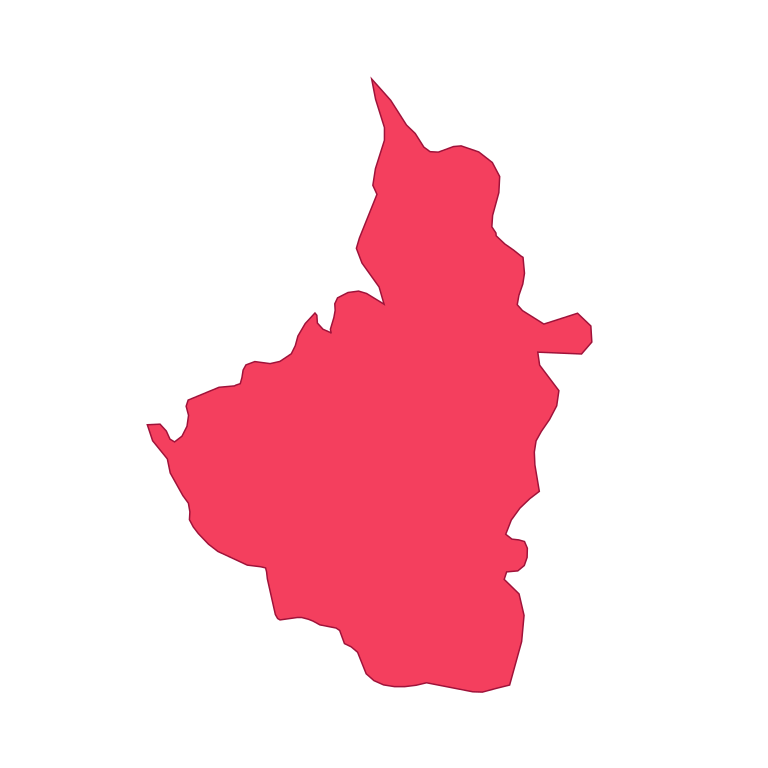 Al Minufiyah, Mercator projection, rotated 198°
{"feature_id": "EGY-1532", "entity_name": "Al Minufiyah", "entity_type": "Governorate", "adm_level": 1, "iso_a3": "EGY", "parent_name": "Egypt", "parent_adm1": "", "projection": "mercator", "projection_center": [31.025, 30.446], "detail": "fine", "context": "isolated", "style": "filled", "palette": "rose", "viewbox_px": 768, "rotation_deg": 198, "n_neighbors": 0, "source": "natural_earth", "source_scale": "10m", "svg_char_len": 1944}
<svg xmlns="http://www.w3.org/2000/svg" viewBox="0 0 768 768"><g transform="rotate(198 384 384)"><path d="M384.2,634.3L365.6,634.0L349.4,628.1L338.1,617.1L333.9,601.5L332.8,577.9L330.0,566.8L324.2,562.2L323.1,559.6L312.4,554.5L302.2,551.4L293.5,548.1L290.9,547.4L284.6,532.7L282.9,522.0L283.1,510.1L281.8,500.6L275.0,496.6L250.5,490.4L221.8,511.1L205.2,503.1L199.3,488.1L205.4,473.6L247.6,461.8L241.8,450.0L215.6,431.7L213.0,416.6L215.6,401.4L219.7,387.6L221.8,376.9L220.0,365.7L215.5,353.7L203.1,329.9L209.9,320.0L216.4,307.9L220.9,294.0L221.8,278.7L214.4,276.0L207.6,277.4L201.7,277.6L196.9,272.1L194.3,263.3L194.5,254.7L199.0,247.6L209.3,243.2L209.3,235.3L190.7,226.1L179.3,207.2L173.5,181.6L171.5,136.5L183.2,129.2L195.2,121.4L204.5,118.7L251.2,113.0L260.4,107.4L270.7,102.6L280.6,99.4L291.4,97.7L301.9,98.8L311.4,102.9L326.2,120.7L334.0,123.9L341.4,124.9L350.0,135.9L354.2,137.1L370.5,135.1L378.4,136.6L383.2,136.9L390.1,136.5L394.4,135.1L410.0,127.5L412.7,128.1L416.1,131.2L434.7,162.6L437.6,169.0L439.8,172.5L444.7,172.1L458.1,169.5L490.2,173.4L501.4,177.4L514.4,184.4L521.2,189.1L527.1,194.8L529.1,202.4L533.2,210.2L540.8,215.7L559.8,233.3L566.9,245.8L586.5,258.5L596.5,272.1L584.6,276.6L576.5,272.0L570.5,265.4L565.3,264.2L560.0,272.0L558.3,282.9L560.2,293.8L565.3,301.7L565.3,308.2L539.9,329.9L525.6,336.0L524.6,337.1L520.8,339.9L521.1,346.3L522.3,353.7L521.2,359.5L513.8,365.4L498.6,368.2L490.0,373.3L481.5,384.1L480.2,393.0L480.7,403.0L477.6,417.2L471.6,430.2L469.1,428.6L466.2,421.4L458.9,417.2L450.6,416.4L449.8,415.8L451.9,419.5L452.2,431.7L453.2,438.9L455.6,445.1L454.8,451.6L446.5,459.9L436.9,464.5L428.5,464.7L408.6,459.9L418.6,474.7L442.3,492.2L452.2,504.5L452.5,515.2L449.3,562.2L456.0,569.5L458.7,586.2L458.9,615.9L462.8,628.0L480.0,652.2L490.0,670.3L475.9,662.1L465.2,655.8L442.6,637.2L431.7,631.9L419.3,621.6L412.0,619.2L404.0,621.3L391.3,631.3L384.2,634.3Z" fill="#f43f5e" stroke="#9f1239" stroke-width="1.5"/></g></svg>